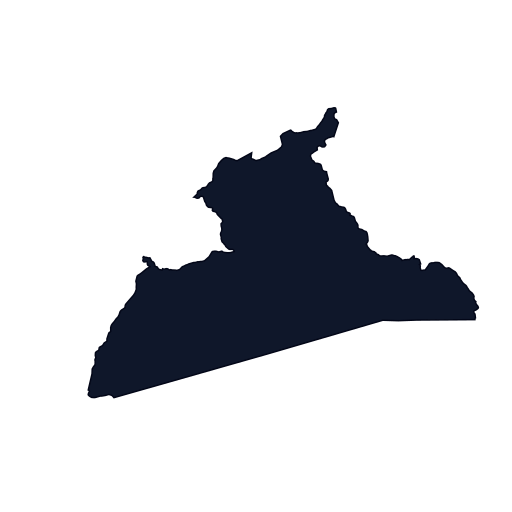 Tarrazu, San José, Costa Rica, rotated 74°
{"feature_id": "36466004B83189782085425", "entity_name": "Tarrazu", "entity_type": "district", "adm_level": 2, "iso_a3": "CRI", "parent_name": "Costa Rica", "parent_adm1": "San José", "projection": "robinson", "projection_center": [-84.074, 9.584], "detail": "fine", "context": "isolated", "style": "filled", "palette": "ink", "viewbox_px": 512, "rotation_deg": 74, "n_neighbors": 0, "source": "geoboundaries", "source_scale": "gbopen_adm2", "svg_char_len": 6092}
<svg xmlns="http://www.w3.org/2000/svg" viewBox="0 0 512 512"><g transform="rotate(74 256 256)"><path d="M353.0,431.6L353.3,272.0L352.7,151.8L357.4,137.1L361.8,119.4L377.5,63.1L376.1,62.6L376.0,62.1L372.1,61.5L371.7,61.9L370.9,62.1L369.2,62.0L368.6,61.0L368.6,59.8L368.1,58.3L367.6,57.1L367.0,56.5L365.5,56.5L364.0,57.2L361.7,57.9L360.5,57.2L359.1,58.1L357.6,58.4L356.0,58.1L355.2,57.6L353.7,57.6L351.3,58.4L348.3,60.5L345.4,61.3L345.0,61.6L343.2,61.9L342.0,62.4L340.6,63.5L338.6,64.7L334.9,65.9L333.1,66.1L330.5,67.7L327.9,68.1L326.1,68.9L324.2,70.7L320.9,73.4L320.4,74.3L320.4,75.9L319.9,77.2L318.4,78.3L315.5,79.7L313.4,81.3L312.8,81.9L312.0,83.9L311.5,85.8L311.5,87.5L311.0,89.1L311.0,90.6L311.3,91.5L313.0,93.3L316.0,97.1L316.0,98.4L315.7,99.0L315.7,100.1L315.2,101.5L312.4,101.4L310.9,100.8L310.1,100.9L309.3,101.3L309.1,101.0L309.0,99.9L304.6,100.1L303.4,101.2L302.6,102.8L302.1,105.1L301.1,104.3L300.0,104.1L299.4,104.2L299.5,105.0L300.1,105.7L300.1,106.3L301.8,109.6L301.2,110.9L300.9,113.1L300.6,113.5L300.6,116.8L300.1,116.8L299.2,117.2L297.4,118.6L296.1,120.0L295.9,120.0L294.2,122.0L293.7,123.2L292.8,124.4L292.4,125.4L292.4,130.0L291.1,133.0L290.4,136.2L289.7,137.3L289.2,137.8L288.6,137.8L287.2,139.7L286.4,140.0L285.8,140.0L285.7,140.3L284.5,141.1L283.4,143.1L282.8,143.8L282.0,144.1L281.6,144.6L277.5,146.4L275.8,146.4L275.1,146.9L274.8,146.8L273.5,145.1L272.3,144.1L268.4,143.3L265.8,143.0L264.1,143.0L262.8,143.5L262.0,144.9L261.6,145.2L261.2,145.9L260.9,145.9L259.7,147.0L258.4,149.4L258.2,149.5L257.7,150.1L256.3,150.1L254.7,149.6L253.6,149.6L251.6,150.2L250.1,150.9L246.3,150.9L245.0,151.3L244.2,152.6L243.3,153.4L242.8,154.5L242.0,154.3L241.6,153.9L241.0,153.9L240.5,154.2L239.1,156.2L238.2,156.9L235.6,157.0L234.0,157.5L233.5,158.0L233.3,158.6L233.1,158.7L232.5,160.2L231.8,161.1L231.3,162.3L230.4,162.9L228.5,163.7L228.1,164.1L227.8,164.1L227.4,164.7L226.7,165.0L223.9,165.6L213.8,165.2L211.2,166.4L210.9,166.8L210.6,166.9L209.5,167.7L208.4,168.0L207.7,168.8L204.3,168.4L203.6,166.5L203.0,165.8L201.8,165.3L196.0,165.2L194.4,165.0L193.4,167.0L192.8,167.7L191.5,168.5L187.1,168.4L185.9,168.6L185.5,168.9L184.4,170.4L183.7,171.8L183.5,172.7L182.6,174.0L181.2,174.2L180.5,174.6L179.6,175.5L178.9,175.8L175.0,176.2L173.1,175.1L172.7,173.6L171.9,171.6L170.9,167.8L168.5,167.4L167.6,166.2L167.4,164.8L168.2,163.5L169.4,162.4L169.9,160.4L169.8,159.8L168.5,158.2L166.2,158.7L164.0,158.5L162.9,156.8L162.8,155.7L162.3,154.5L162.3,148.6L162.7,148.3L150.6,140.1L147.1,141.0L146.6,141.9L145.9,142.4L144.9,142.7L143.2,142.7L140.9,141.8L140.1,140.8L139.8,139.0L135.9,138.7L135.4,139.1L135.0,140.3L135.0,143.3L134.8,143.7L134.8,144.7L134.5,145.0L134.5,145.5L135.0,146.8L136.9,148.1L137.7,149.3L138.2,149.8L138.5,149.8L139.3,150.9L139.7,150.9L140.2,151.6L141.0,151.7L141.8,152.4L143.6,154.5L144.3,155.0L144.5,155.4L144.9,155.7L145.6,156.9L147.3,159.0L148.6,161.1L149.9,162.5L150.6,163.7L150.6,168.3L150.4,168.7L150.4,172.3L149.7,175.7L149.7,179.7L149.5,180.1L149.3,182.1L148.8,182.9L148.6,184.3L147.4,186.2L147.2,186.4L146.7,186.4L146.5,186.9L144.7,187.8L144.5,188.2L145.8,196.3L147.7,199.5L156.0,199.8L158.2,201.4L160.3,206.2L161.1,213.0L162.9,218.5L163.4,219.4L163.9,223.9L164.5,225.5L164.3,229.6L163.6,230.6L162.4,231.8L161.5,233.2L160.3,233.7L155.6,231.7L159.2,247.8L158.3,249.7L157.2,250.7L155.9,252.7L154.5,254.9L153.9,256.3L153.9,256.6L153.4,257.1L153.1,257.9L153.3,260.1L154.6,262.9L156.9,266.4L159.2,268.1L160.5,269.5L162.6,273.0L164.7,274.3L168.6,275.5L170.1,276.3L171.0,276.4L171.7,276.8L172.1,277.2L172.6,278.1L172.9,280.5L173.8,282.0L174.6,282.8L175.4,283.9L175.6,284.0L176.0,284.6L176.0,286.8L175.8,287.6L175.8,288.9L177.2,291.1L177.4,292.9L177.7,294.0L179.2,295.1L180.0,295.0L182.3,299.4L182.5,298.8L184.0,297.1L184.3,296.5L184.5,294.9L183.9,293.9L183.6,293.8L183.4,293.0L183.6,291.7L184.1,290.8L184.8,290.3L189.4,290.2L191.3,289.6L193.6,289.6L194.3,289.3L195.6,288.6L196.1,288.1L197.3,285.3L197.9,284.6L198.9,284.7L199.9,285.4L201.1,285.0L202.4,282.7L203.9,281.8L205.0,281.8L205.8,281.5L210.1,279.2L211.2,278.4L213.8,278.5L214.9,279.7L215.2,280.5L215.4,280.7L217.6,281.2L219.6,281.2L221.4,281.6L223.0,282.5L224.3,283.7L225.6,284.2L228.5,284.2L229.8,284.7L233.0,284.7L234.8,283.6L235.9,283.3L236.5,282.8L238.7,282.3L241.8,280.3L242.4,279.5L243.0,277.1L243.6,276.1L245.2,275.5L245.7,275.6L245.7,279.8L245.1,282.2L244.0,285.1L243.4,286.2L243.3,286.5L242.1,287.3L241.9,287.7L241.9,290.9L241.6,291.1L240.4,293.1L239.9,294.8L239.7,296.6L239.9,297.1L243.8,301.3L246.4,306.8L246.4,309.4L246.0,310.9L245.8,312.8L245.5,313.4L245.5,316.0L245.1,317.5L245.1,323.0L245.4,324.1L245.4,326.1L245.8,327.6L246.0,329.8L248.0,333.2L248.0,336.2L247.5,337.0L246.2,340.8L245.6,341.7L245.5,343.2L244.3,344.1L243.7,345.0L243.4,345.9L243.4,348.0L242.5,349.3L243.5,350.0L243.6,350.3L242.2,352.8L240.9,353.7L240.1,353.7L239.3,354.0L238.2,355.8L235.2,355.8L234.1,356.0L233.3,356.5L232.9,357.1L232.4,357.6L228.5,358.5L228.3,359.7L226.8,362.3L226.7,363.3L225.6,364.0L225.7,364.5L226.3,365.1L227.8,365.1L228.9,366.0L230.0,365.9L230.6,365.6L230.9,365.0L231.1,364.3L231.1,363.2L231.4,362.3L232.5,362.3L233.9,362.7L235.0,362.6L236.7,361.0L237.1,360.9L238.2,364.8L240.7,370.6L241.4,372.5L242.0,374.8L242.6,375.8L247.1,378.4L249.8,378.6L252.9,379.7L254.6,380.1L255.5,380.5L258.1,382.5L259.9,384.5L266.3,394.3L267.2,395.2L269.3,396.1L269.6,396.4L270.1,397.5L270.8,400.0L271.5,401.3L272.1,402.0L274.8,403.8L276.5,405.4L277.9,407.8L279.8,410.1L281.5,412.7L282.8,414.2L284.7,415.4L288.3,416.4L288.8,417.0L289.1,418.2L289.6,418.8L294.5,422.1L296.6,422.7L297.0,423.4L297.7,425.8L299.8,428.2L300.6,431.6L301.1,432.1L302.8,432.8L303.1,433.2L303.5,433.8L303.7,435.0L304.2,436.3L304.8,437.0L307.3,437.9L309.1,438.0L309.8,438.1L310.8,439.1L311.6,439.5L312.8,439.6L315.5,440.4L316.3,440.9L317.8,442.9L319.5,444.6L324.1,446.1L338.6,454.2L339.2,453.5L340.2,453.4L341.7,454.8L343.0,455.5L343.4,455.5L344.8,454.7L346.0,453.6L346.6,453.0L347.5,450.6L347.7,449.3L347.7,444.4L348.1,442.8L348.5,439.3L348.5,435.8L349.1,434.6L350.3,433.0L351.0,432.5L353.0,431.6Z" fill="#0f172a" stroke="#020617" stroke-width="1.5"/></g></svg>